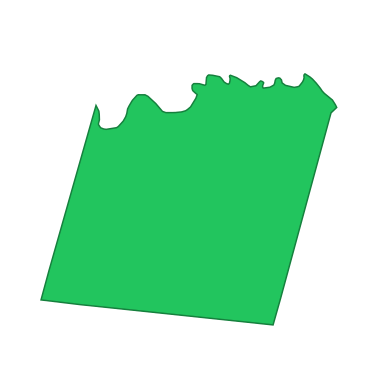 Fannin, Texas, United States of America (Albers equal-area conic projection), rotated 15°
{"feature_id": "52423323B62023249377371", "entity_name": "Fannin", "entity_type": "district", "adm_level": 2, "iso_a3": "USA", "parent_name": "United States of America", "parent_adm1": "Texas", "projection": "albers", "projection_center": [-96.114, 33.614], "detail": "fine", "context": "isolated", "style": "filled", "palette": "green", "viewbox_px": 384, "rotation_deg": 15, "n_neighbors": 0, "source": "geoboundaries", "source_scale": "gbopen_adm2", "svg_char_len": 1452}
<svg xmlns="http://www.w3.org/2000/svg" viewBox="0 0 384 384"><g transform="rotate(15 192 192)"><path d="M113.2,329.7L304.7,299.4L305.1,272.0L305.8,79.6L309.9,72.9L308.0,70.7L303.8,66.8L294.3,62.5L291.6,60.8L289.1,58.6L283.8,54.7L279.2,51.8L276.2,50.4L270.8,48.7L270.4,48.8L269.9,50.0L270.1,51.1L270.6,52.2L270.7,53.1L270.7,55.0L270.2,57.3L268.1,62.1L266.8,63.0L263.6,64.5L254.7,64.8L250.8,63.3L249.4,60.6L247.4,59.3L246.2,59.3L245.3,59.7L243.9,60.6L243.5,62.4L243.7,65.3L243.5,67.0L243.3,67.6L240.2,70.6L234.0,73.2L233.2,72.5L232.9,71.8L232.7,70.2L233.0,68.7L232.8,67.7L231.5,67.1L229.7,66.9L228.9,67.8L226.3,72.8L221.2,75.3L218.4,74.4L214.7,72.7L205.6,70.0L198.9,69.3L198.3,69.9L198.3,70.5L198.6,71.2L199.3,72.2L199.9,74.6L200.0,77.3L199.2,78.5L197.1,78.3L194.6,77.5L191.0,74.6L188.9,73.5L181.9,73.9L177.9,74.6L177.0,75.6L176.4,77.7L177.6,84.4L176.8,85.6L170.9,85.5L165.8,86.8L165.4,87.2L164.5,88.9L165.2,91.8L166.1,93.4L167.0,94.2L168.2,94.8L169.7,95.6L171.8,96.5L171.5,100.4L168.6,110.2L166.3,113.5L164.8,115.2L161.1,117.4L156.8,119.0L155.3,119.6L146.3,122.1L142.6,121.8L134.2,116.0L124.7,111.0L121.5,110.3L114.9,112.0L113.8,112.9L110.8,118.7L110.3,120.2L108.9,125.4L108.3,128.5L108.7,132.9L108.5,136.4L107.2,141.4L104.1,147.4L103.3,148.6L102.3,149.5L92.9,153.7L90.4,154.0L87.1,153.6L84.3,151.2L83.9,149.9L83.9,146.3L82.3,141.0L81.1,138.0L76.9,133.3L74.2,305.6L74.1,335.3L113.2,329.7Z" fill="#22c55e" stroke="#15803d" stroke-width="1.5"/></g></svg>